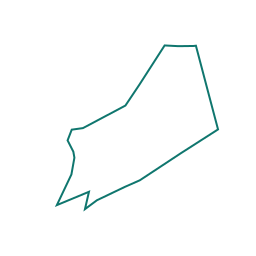 Dobong-gu, Seoul, South Korea (Albers equal-area conic projection), rotated 58°
{"feature_id": "91817680B55050579859044", "entity_name": "Dobong-gu", "entity_type": "district", "adm_level": 2, "iso_a3": "KOR", "parent_name": "South Korea", "parent_adm1": "Seoul", "projection": "albers", "projection_center": [127.034, 37.654], "detail": "fine", "context": "isolated", "style": "outline", "palette": "teal", "viewbox_px": 256, "rotation_deg": 58, "n_neighbors": 0, "source": "geoboundaries", "source_scale": "gbopen_adm2", "svg_char_len": 413}
<svg xmlns="http://www.w3.org/2000/svg" viewBox="0 0 256 256"><g transform="rotate(58 128 128)"><path d="M77.4,53.2L97.3,95.4L107.6,118.3L104.2,166.3L99.6,176.6L106.5,185.8L119.1,186.9L124.8,189.2L137.4,200.6L155.7,229.2L161.4,194.9L174.0,207.5L172.8,192.6L176.3,161.7L178.6,145.7L177.4,96.5L176.9,52.4L142.9,41.9L94.2,26.8L93.2,28.9L85.3,41.9L77.4,53.2Z" fill="none" stroke="#0f766e" stroke-width="2"/></g></svg>